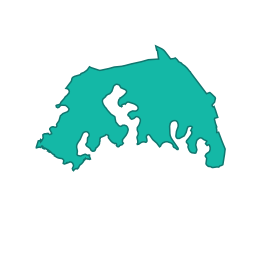 Canada Bay, New South Wales, Australia, rotated 157°
{"feature_id": "25037944B91720609998953", "entity_name": "Canada Bay", "entity_type": "district", "adm_level": 2, "iso_a3": "AUS", "parent_name": "Australia", "parent_adm1": "New South Wales", "projection": "equal_earth", "projection_center": [151.126, -33.849], "detail": "fine", "context": "isolated", "style": "filled", "palette": "teal", "viewbox_px": 256, "rotation_deg": 157, "n_neighbors": 0, "source": "geoboundaries", "source_scale": "gbopen_adm2", "svg_char_len": 5944}
<svg xmlns="http://www.w3.org/2000/svg" viewBox="0 0 256 256"><g transform="rotate(157 128 128)"><path d="M122.4,190.2L130.6,191.8L131.8,192.2L138.5,198.1L139.5,199.4L142.6,197.5L144.2,197.0L146.8,196.4L149.9,196.5L151.1,195.7L157.0,196.4L159.1,196.2L160.1,195.6L161.9,193.2L169.7,188.7L168.3,187.8L167.6,186.2L167.7,184.6L169.0,182.9L170.4,182.5L171.3,181.8L173.4,181.3L175.5,179.9L179.4,178.1L181.1,176.6L182.2,176.5L185.0,176.9L185.4,176.8L185.7,175.3L184.8,174.1L183.3,174.1L181.8,174.9L180.3,175.0L176.6,173.2L175.6,171.4L174.8,168.9L174.9,168.4L176.3,167.0L177.7,166.6L182.2,166.7L185.5,165.6L188.7,161.6L192.0,159.5L192.5,158.9L192.5,157.7L193.7,156.9L194.8,157.1L196.4,158.4L197.4,158.7L198.6,158.7L200.1,158.1L200.6,157.3L200.3,153.6L200.5,152.6L202.7,152.5L203.7,153.8L203.5,154.1L204.1,154.4L204.1,154.2L205.3,154.5L206.7,155.2L207.7,155.3L209.0,155.0L209.8,152.8L209.8,152.2L210.6,151.4L212.4,150.0L212.5,150.2L213.8,149.3L213.6,150.7L212.8,151.4L212.9,151.6L213.7,150.7L215.6,151.2L220.0,146.1L220.1,145.5L217.0,145.1L216.4,144.4L215.8,144.2L214.6,145.1L213.8,144.7L213.6,144.1L214.3,143.3L214.1,143.1L214.4,142.8L213.3,141.5L212.7,142.1L212.4,141.7L212.4,141.9L212.1,141.7L210.2,139.1L211.0,138.3L210.3,137.8L209.7,138.3L209.5,137.9L209.9,137.3L209.6,137.3L209.3,137.5L208.9,136.8L209.5,136.3L209.3,136.1L208.7,136.5L207.5,133.5L206.2,132.2L206.2,131.8L206.7,131.3L204.7,128.5L203.4,127.3L200.7,125.6L200.3,125.1L199.8,123.6L199.9,123.0L201.5,120.7L200.8,119.9L200.6,119.7L197.9,119.5L197.9,120.1L197.6,120.1L197.6,119.5L195.7,119.4L195.1,119.7L194.8,119.4L194.1,119.2L193.2,118.3L192.7,117.1L192.7,115.2L193.1,114.2L195.1,112.4L195.2,110.7L194.8,110.0L193.9,110.6L192.3,111.0L191.9,111.0L191.5,110.6L190.6,110.7L190.4,110.2L190.2,110.3L189.0,110.8L188.2,111.7L186.5,112.8L184.7,113.2L182.5,114.3L181.3,115.2L181.5,115.6L180.9,116.2L180.2,116.2L180.1,115.7L179.9,115.8L179.9,116.2L179.2,116.6L179.3,116.1L178.4,116.0L177.0,115.0L176.7,115.2L175.7,114.1L174.7,114.1L174.5,117.7L174.0,118.0L174.4,118.5L174.9,118.1L175.6,118.4L177.6,120.6L180.4,120.8L182.1,120.7L183.0,120.9L185.0,122.4L185.3,123.5L183.6,126.5L182.9,130.1L182.4,131.3L181.6,132.6L179.7,134.2L176.5,136.2L171.6,140.8L170.2,141.3L168.5,141.2L167.3,140.6L166.5,139.5L166.2,138.0L166.4,136.8L166.9,136.1L167.8,135.3L168.8,135.0L169.3,134.3L171.1,130.7L173.0,129.6L173.3,129.1L173.1,127.7L170.9,124.1L170.7,121.9L169.9,120.6L168.4,120.0L167.4,120.1L166.7,120.6L166.2,121.3L165.7,121.5L165.3,122.2L163.8,122.5L161.3,123.8L160.4,124.7L159.4,126.6L158.9,126.9L158.3,128.8L157.7,129.2L157.2,130.0L152.1,130.0L150.9,130.6L149.9,129.9L149.0,128.8L149.1,128.3L149.7,127.2L149.8,126.4L148.9,122.9L147.9,120.6L147.1,120.0L146.5,118.9L145.2,118.6L144.9,118.2L144.8,117.4L145.4,116.8L145.5,116.5L145.1,115.1L144.4,114.5L143.4,114.5L142.5,115.1L139.7,115.0L138.2,115.9L138.6,116.8L138.6,117.5L138.0,118.4L137.8,119.3L132.6,122.1L130.3,124.0L128.8,125.9L128.3,126.9L128.2,129.1L128.7,130.6L130.2,132.0L131.7,132.6L132.4,132.6L133.2,132.2L134.1,132.4L135.2,133.2L135.7,134.1L136.9,138.3L136.1,142.0L135.8,142.9L135.8,143.7L138.3,147.4L140.0,152.5L140.4,154.8L141.0,156.3L141.5,159.1L141.5,160.8L141.1,162.8L140.6,163.6L139.6,164.5L136.1,165.7L135.6,166.4L133.1,166.8L131.4,166.7L129.2,167.7L128.5,168.1L124.9,172.1L124.0,172.5L122.2,172.9L121.2,172.7L119.5,171.3L119.1,170.4L118.8,167.9L115.4,164.2L115.0,163.2L115.1,162.0L115.9,161.0L119.0,159.6L122.9,158.6L123.4,158.8L123.6,158.4L125.2,157.7L126.3,156.4L127.1,155.1L127.5,153.8L127.4,152.6L126.8,151.2L126.0,150.7L125.7,150.1L125.0,150.3L125.0,151.2L124.4,151.8L121.5,151.6L121.3,151.0L118.8,152.1L117.4,151.7L113.4,148.3L112.2,147.0L111.0,145.0L110.7,144.1L110.7,143.0L111.2,141.6L112.8,140.6L114.5,140.6L117.1,141.9L119.7,141.9L121.5,141.4L123.0,140.2L123.0,139.3L122.4,138.4L121.9,136.6L122.1,135.9L121.1,134.6L118.8,134.5L116.3,135.3L115.2,135.0L113.8,133.5L113.3,131.1L114.0,129.4L115.7,127.4L117.0,126.1L119.3,124.7L120.0,123.3L120.3,122.4L120.4,120.1L120.8,118.7L121.4,117.8L123.3,116.1L123.6,115.1L123.9,113.0L124.3,111.6L125.0,110.1L125.8,109.8L125.8,109.3L125.3,109.4L125.0,109.0L124.6,108.9L121.7,109.5L120.3,109.5L118.8,109.1L117.2,107.9L116.5,107.9L115.6,108.6L115.0,110.5L114.8,112.2L114.2,113.3L112.9,114.1L111.5,113.9L110.9,113.2L109.7,107.6L107.4,102.8L106.3,98.3L105.3,98.5L103.7,99.9L101.6,100.7L99.3,100.7L97.3,100.1L94.3,97.5L94.0,96.8L93.6,96.5L93.2,94.3L93.6,93.3L93.3,92.2L92.2,91.0L91.3,89.1L90.5,88.7L90.0,89.0L89.8,89.9L91.8,99.7L92.2,102.2L92.1,104.6L91.6,106.6L89.0,113.4L87.3,115.8L85.9,116.7L84.7,117.0L83.0,116.9L81.5,116.3L80.7,115.5L80.2,114.3L80.2,113.3L80.5,111.4L81.3,109.7L84.7,106.0L86.8,102.4L87.2,101.4L87.2,100.6L87.0,99.7L86.5,99.0L84.7,98.3L79.3,98.8L76.2,101.2L73.5,104.6L72.1,105.7L69.6,105.2L68.9,104.5L68.5,103.6L71.3,101.1L70.9,100.4L70.8,99.5L71.3,98.3L72.0,97.4L76.0,94.9L79.0,93.4L79.6,92.7L79.8,91.7L79.2,90.5L79.1,89.5L79.3,88.3L80.1,87.4L80.3,86.8L80.4,83.8L80.0,81.8L79.4,80.9L78.8,80.2L76.1,78.6L75.2,78.6L73.1,81.0L72.3,85.9L69.9,89.3L69.0,90.0L66.6,90.8L65.2,90.7L64.1,90.0L62.8,87.7L60.6,85.3L60.6,85.0L62.8,83.3L62.0,81.0L60.1,81.1L59.9,80.7L59.8,80.3L60.0,78.0L60.7,76.3L61.9,74.8L62.8,74.3L66.0,73.6L67.7,72.3L67.9,71.6L67.4,69.8L67.5,69.2L70.1,64.8L70.2,64.2L70.1,63.4L69.1,61.3L67.0,60.1L66.1,58.9L65.5,58.5L61.3,57.4L59.8,56.6L59.2,56.7L58.4,57.2L56.4,57.0L55.0,57.2L49.6,65.8L46.8,70.7L46.7,78.7L46.3,88.7L48.1,89.2L47.1,91.4L46.5,94.3L45.9,94.3L45.7,98.1L45.0,102.4L44.3,103.1L41.2,102.7L40.5,110.3L40.4,114.2L41.3,113.9L41.9,115.4L41.5,116.4L38.2,118.0L36.0,121.1L35.9,122.2L37.8,126.7L38.8,128.7L42.3,128.9L48.6,154.0L48.7,155.3L49.1,156.0L50.2,160.0L51.5,163.0L53.1,165.5L53.5,166.9L55.5,169.2L56.0,171.5L57.1,174.0L58.5,174.0L61.8,174.9L64.1,183.9L64.8,185.8L66.0,187.7L70.4,192.7L71.2,188.4L70.6,188.1L72.9,179.5L82.6,182.9L89.8,183.8L99.9,185.7L106.1,186.6L109.8,187.3L116.9,189.5L122.4,190.2Z" fill="#14b8a6" stroke="#0f766e" stroke-width="1.5"/></g></svg>